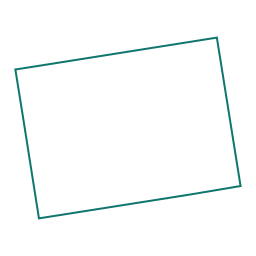 Watonwan, Minnesota, United States of America (Mercator projection), rotated 171°
{"feature_id": "52423323B41249813218909", "entity_name": "Watonwan", "entity_type": "district", "adm_level": 2, "iso_a3": "USA", "parent_name": "United States of America", "parent_adm1": "Minnesota", "projection": "mercator", "projection_center": [-94.66, 43.978], "detail": "fine", "context": "isolated", "style": "outline", "palette": "teal", "viewbox_px": 256, "rotation_deg": 171, "n_neighbors": 0, "source": "geoboundaries", "source_scale": "gbopen_adm2", "svg_char_len": 253}
<svg xmlns="http://www.w3.org/2000/svg" viewBox="0 0 256 256"><g transform="rotate(171 128 128)"><path d="M25.9,53.1L26.1,203.4L28.1,203.4L230.1,203.4L230.0,153.2L230.1,52.7L76.4,52.6L25.9,53.1Z" fill="none" stroke="#0f766e" stroke-width="2"/></g></svg>